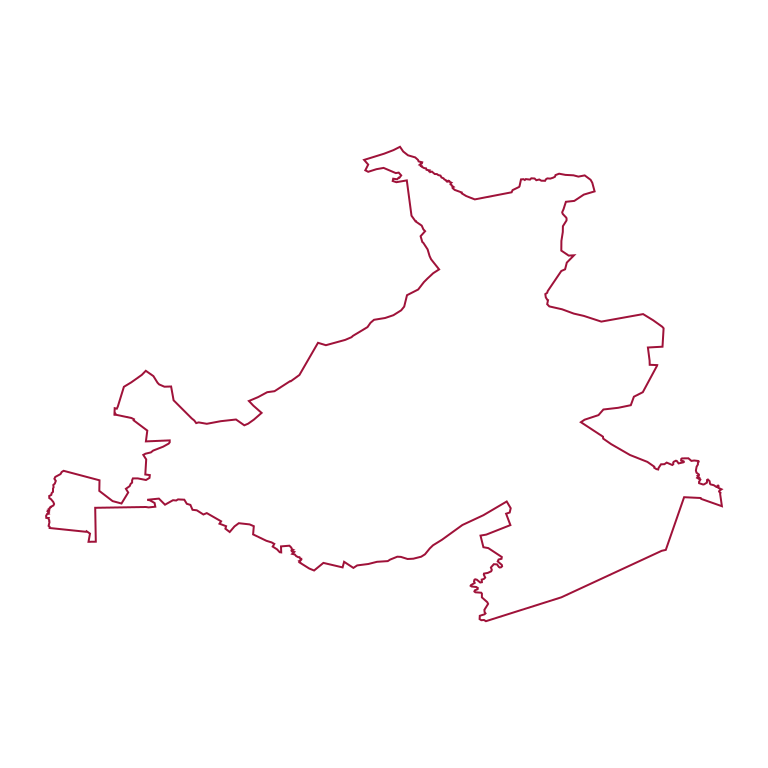 Kaives pag., Vecpiebalgas, Latvia
{"feature_id": "27541924B86387846906817", "entity_name": "Kaives pag.", "entity_type": "district", "adm_level": 2, "iso_a3": "LVA", "parent_name": "Latvia", "parent_adm1": "Vecpiebalgas", "projection": "natural_earth1", "projection_center": [25.604, 57.037], "detail": "fine", "context": "isolated", "style": "outline", "palette": "rose", "viewbox_px": 768, "rotation_deg": 0, "n_neighbors": 0, "source": "geoboundaries", "source_scale": "gbopen_adm2", "svg_char_len": 6076}
<svg xmlns="http://www.w3.org/2000/svg" viewBox="0 0 768 768"><path d="M49.6,526.7L49.6,528.0L86.1,531.8L86.5,531.2L90.0,533.6L88.5,541.8L95.8,541.7L95.2,507.8L145.9,507.0L148.6,507.4L155.3,506.7L154.6,503.0L149.9,500.3L147.2,499.8L158.9,498.6L165.0,504.7L173.0,500.2L176.2,500.5L178.0,499.4L184.3,499.7L186.8,503.8L190.4,504.9L192.5,509.8L196.8,510.3L203.4,514.5L206.8,513.1L221.1,521.3L219.5,523.7L226.1,526.2L225.4,528.7L229.7,532.0L234.5,526.4L238.8,523.2L249.6,524.4L253.8,526.2L253.1,534.4L266.4,540.8L271.6,542.4L274.3,543.9L272.7,546.6L277.0,549.3L279.7,552.2L281.2,552.4L281.0,546.4L289.4,545.7L291.3,547.6L291.9,549.2L293.1,549.8L291.5,550.5L291.8,551.4L294.2,552.0L292.3,553.9L294.8,554.5L296.2,556.1L298.3,557.2L299.5,557.2L300.5,559.1L301.3,558.9L301.4,559.5L300.5,560.5L299.1,561.1L300.2,562.4L299.8,562.6L309.2,568.5L314.1,570.5L323.4,562.9L342.6,567.4L344.1,561.8L353.4,567.9L357.2,565.4L368.3,564.0L377.0,561.8L387.8,561.1L390.1,559.6L397.3,556.7L400.9,556.9L407.6,559.0L413.3,558.7L421.2,556.7L425.0,554.3L429.8,548.4L433.0,545.3L441.9,539.8L462.4,525.0L483.4,515.2L506.7,501.5L510.7,508.2L509.7,512.5L506.1,513.7L510.4,525.1L486.3,534.6L480.5,535.6L483.4,547.2L488.3,548.1L501.8,557.0L501.5,558.8L498.6,559.5L497.7,561.4L501.8,564.9L502.1,566.3L501.0,567.3L499.7,567.5L498.8,566.9L497.0,564.4L493.8,564.2L490.9,567.5L491.8,569.9L491.2,571.3L487.8,572.9L484.0,573.6L483.8,574.7L485.2,577.6L483.8,579.0L481.7,579.6L481.9,582.2L480.2,582.5L476.8,579.7L475.2,579.3L474.5,579.7L474.0,581.4L474.7,582.9L471.0,585.1L470.6,585.8L471.6,586.5L476.2,587.0L477.8,588.0L477.6,589.2L474.8,590.4L474.4,591.5L475.4,592.3L481.2,592.7L481.9,593.6L481.9,597.4L487.3,602.2L488.1,603.9L484.4,609.8L484.6,612.2L485.5,613.4L484.5,614.3L479.8,615.8L479.6,619.1L481.3,620.2L484.0,620.0L485.9,621.2L561.4,597.3L661.7,550.8L665.8,549.9L684.1,497.2L700.7,498.0L701.2,498.9L721.9,506.2L720.1,493.7L720.5,492.9L719.1,491.6L719.4,490.7L721.5,489.3L718.4,487.9L718.6,486.1L718.3,485.6L717.6,485.7L717.1,487.0L716.5,487.0L713.8,485.2L710.6,484.4L710.0,483.7L709.6,481.2L707.9,479.5L707.1,479.9L706.9,482.6L704.2,484.3L703.1,484.5L699.1,483.2L699.0,481.9L700.3,479.7L697.1,477.8L697.5,477.3L699.0,477.4L697.6,475.8L698.9,475.2L698.9,474.5L696.5,472.7L695.9,470.5L696.6,466.7L697.9,464.5L697.9,462.8L698.7,461.7L698.4,461.0L694.2,460.5L691.4,460.9L688.4,458.3L682.0,458.4L681.3,458.9L681.1,460.5L683.6,461.3L683.9,461.9L683.5,462.3L678.6,463.4L676.8,461.0L675.9,460.7L673.7,461.8L673.2,462.6L673.3,464.2L672.3,465.0L666.7,462.6L664.4,464.2L661.0,464.3L658.6,467.9L658.2,469.5L656.4,469.1L654.2,467.7L654.3,466.7L647.4,461.9L630.0,455.0L611.1,444.1L603.2,438.6L603.0,436.7L580.9,422.2L584.6,419.7L598.5,415.1L603.4,409.5L618.2,407.8L630.8,405.2L633.9,396.7L642.8,392.2L657.1,365.6L657.2,365.1L649.7,364.8L649.6,360.7L647.9,347.5L662.5,346.7L663.6,328.3L662.3,326.8L653.2,320.3L643.1,314.1L601.3,321.6L583.8,315.9L573.8,313.6L562.1,309.3L549.3,306.4L547.2,304.2L548.0,300.2L547.5,300.1L545.8,297.4L545.3,294.1L547.2,292.8L547.7,291.1L561.3,271.0L565.1,269.3L566.8,262.6L574.0,255.3L568.7,255.6L561.3,250.6L561.4,240.9L562.8,232.0L562.9,226.2L566.5,220.5L566.6,218.9L566.3,217.7L562.8,214.0L562.2,212.5L562.4,211.7L563.5,209.3L565.9,201.8L574.3,200.9L583.8,194.6L594.6,191.4L592.3,182.8L590.6,179.8L584.7,175.4L578.4,176.6L573.4,175.3L565.5,174.9L559.1,173.7L555.5,175.1L555.0,176.7L553.1,177.7L550.3,178.6L547.3,178.4L545.8,179.4L545.1,180.8L541.3,180.7L539.3,179.5L536.3,180.2L534.6,178.5L531.3,178.3L530.0,179.6L525.8,179.1L524.8,180.0L523.5,179.2L521.0,179.4L519.5,186.3L519.0,187.0L512.6,190.1L511.6,192.3L474.8,199.4L466.3,196.1L461.7,193.3L461.8,192.5L454.7,189.9L452.6,188.1L452.5,187.3L453.5,186.9L451.6,185.5L451.4,184.6L450.5,184.3L450.7,182.9L451.2,182.6L449.8,181.9L449.3,181.0L448.6,180.8L448.3,181.5L447.1,181.7L446.1,180.7L446.5,180.6L444.2,179.3L443.5,178.3L441.5,177.5L440.5,175.6L438.3,175.1L437.0,174.1L434.7,174.0L431.9,171.6L430.2,172.1L429.9,171.3L429.2,171.4L428.7,170.8L429.2,170.3L426.5,169.8L426.1,168.4L424.2,168.1L422.0,166.9L422.0,166.3L420.8,166.1L420.8,165.2L419.7,164.8L420.8,163.9L420.8,163.4L421.9,163.3L422.2,162.3L418.6,161.4L418.0,159.9L415.2,157.4L408.0,155.3L403.2,151.5L400.0,146.8L393.5,150.1L384.1,153.7L364.1,159.9L368.2,164.6L365.3,170.3L368.2,171.8L376.4,169.2L383.6,167.9L395.8,173.1L398.7,172.6L401.2,175.4L399.4,177.8L398.8,177.6L397.1,179.3L393.2,178.7L392.7,181.0L396.4,182.2L406.8,180.4L411.5,215.7L415.5,221.3L416.0,221.2L416.3,221.9L421.7,225.6L423.4,229.4L425.1,231.2L420.6,236.2L422.3,242.0L423.3,242.8L427.6,249.4L429.6,256.1L431.1,259.3L439.1,269.4L433.2,273.2L427.5,278.5L423.9,282.1L418.2,289.5L407.0,295.2L404.2,306.6L401.2,310.3L393.4,315.2L385.1,318.0L374.0,319.8L370.5,322.8L367.5,327.1L353.0,335.8L351.5,337.2L345.2,339.9L325.9,345.2L318.0,342.8L299.4,375.0L290.7,381.3L290.2,381.1L274.5,391.2L267.2,392.2L257.9,397.2L248.9,401.0L253.4,405.7L261.6,412.9L253.9,419.6L248.1,423.7L244.3,425.3L236.0,419.5L220.7,421.2L206.8,423.8L198.7,422.4L196.2,423.1L194.3,420.5L191.7,418.4L173.6,400.3L171.1,386.5L164.4,386.7L159.1,384.4L157.5,382.7L153.4,376.1L145.8,370.8L141.8,374.9L131.2,382.4L123.9,386.8L117.8,406.6L116.8,408.7L114.7,408.2L114.4,415.6L115.2,413.3L116.1,414.8L131.4,418.0L134.0,419.3L133.6,420.3L147.3,430.6L145.9,441.4L169.7,440.4L169.7,442.3L168.7,443.6L163.1,446.7L153.1,450.6L150.9,452.4L145.5,453.7L143.3,454.9L146.2,459.4L145.3,474.5L149.8,475.1L149.5,477.9L146.0,480.0L137.8,478.4L132.9,478.4L132.1,480.3L132.1,482.6L130.7,483.8L129.6,486.2L125.9,488.8L128.2,492.5L121.5,503.5L112.6,501.1L99.3,490.9L99.5,480.3L63.6,470.8L61.7,472.0L60.5,474.1L55.3,476.9L54.4,478.8L55.8,480.9L54.8,483.6L53.3,485.0L53.6,487.3L53.0,488.5L53.0,491.8L51.6,493.2L51.3,494.9L49.2,496.0L49.3,498.1L51.0,499.2L53.3,502.0L54.1,504.0L53.4,505.5L50.7,506.8L50.9,507.2L49.7,507.9L49.7,508.7L48.7,509.1L49.1,510.2L48.0,510.5L48.7,511.4L48.0,511.6L48.8,512.3L48.1,513.0L48.7,513.7L47.0,514.1L46.1,515.9L46.3,517.9L48.7,518.0L48.5,518.8L49.3,520.3L49.1,521.1L49.5,522.0L48.6,525.9L49.6,526.7Z" fill="none" stroke="#9f1239" stroke-width="2"/></svg>